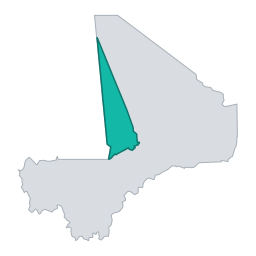 location of Goundam, Timbuktu, Mali
{"feature_id": "8926073B20620148277365", "entity_name": "Goundam", "entity_type": "district", "adm_level": 2, "iso_a3": "MLI", "parent_name": "Mali", "parent_adm1": "Timbuktu", "projection": "robinson", "projection_center": [-4.645, 19.527], "detail": "fine", "context": "in_parent", "style": "filled", "palette": "teal", "viewbox_px": 256, "rotation_deg": 0, "n_neighbors": 0, "source": "geoboundaries", "source_scale": "gbopen_adm2", "svg_char_len": 6630}
<svg xmlns="http://www.w3.org/2000/svg" viewBox="0 0 256 256"><path d="M30.2,206.3L30.3,205.2L29.5,204.4L29.4,204.0L29.9,200.7L29.9,199.9L30.3,198.2L29.7,197.4L29.6,196.9L28.2,194.7L27.8,192.9L27.1,191.7L25.4,191.3L24.8,192.3L24.4,192.5L23.8,191.8L23.6,191.1L23.6,190.6L21.5,187.7L21.7,186.2L22.5,185.4L22.8,184.0L22.0,182.5L22.1,181.1L22.0,179.0L20.8,177.2L20.0,176.4L19.3,175.2L19.9,172.3L18.6,169.9L21.0,170.8L22.1,169.9L23.2,168.7L24.1,167.0L24.5,165.0L24.7,163.3L25.6,160.5L26.8,159.2L29.1,157.3L29.7,157.5L33.4,161.5L35.6,163.6L36.4,164.7L37.1,164.7L38.1,162.7L39.3,161.0L39.7,160.6L43.5,160.3L45.5,160.7L47.2,161.2L49.7,161.3L56.3,160.0L56.4,159.2L56.3,158.3L56.6,157.5L57.1,156.8L57.6,156.7L57.8,159.0L58.3,159.3L59.9,159.4L108.4,159.4L110.5,147.5L106.9,143.2L94.5,15.4L117.6,15.4L121.6,18.3L196.0,74.4L196.4,76.2L196.3,78.7L196.9,79.5L197.9,80.3L202.2,82.7L202.5,83.2L202.7,84.2L203.2,85.4L204.1,86.1L205.1,86.6L206.4,87.0L210.2,87.4L211.1,87.9L212.7,90.2L213.6,90.6L218.8,91.8L220.5,92.4L222.3,93.4L223.3,94.3L223.3,97.8L224.0,100.1L224.0,100.6L223.2,101.6L223.0,102.2L222.1,104.0L222.3,104.7L224.1,106.1L225.0,106.5L226.0,106.5L236.9,104.1L237.4,136.7L236.9,137.2L236.7,143.0L236.0,146.4L234.6,148.9L233.7,152.6L233.2,153.4L232.9,155.5L232.1,156.7L230.7,157.2L228.2,159.6L228.0,161.6L222.1,160.5L221.7,160.5L221.4,160.8L221.3,161.8L206.2,162.4L198.8,162.8L194.1,167.2L191.1,167.7L187.3,167.3L185.4,167.3L184.6,167.5L184.5,168.3L178.4,166.1L176.2,166.8L175.8,166.5L175.5,166.1L174.4,165.8L172.7,165.9L171.5,166.2L167.6,169.7L165.6,170.6L161.8,172.6L159.1,174.4L158.1,174.8L156.6,174.8L155.4,175.2L154.3,179.2L153.6,179.6L149.0,178.0L148.1,178.2L147.3,178.7L144.7,181.0L143.5,182.9L142.8,185.4L142.9,187.0L142.5,187.5L141.3,187.6L139.2,187.1L138.5,187.3L138.2,188.6L138.3,191.2L137.8,193.1L136.5,193.6L135.6,194.3L134.8,194.5L134.2,194.4L130.5,191.6L129.2,191.2L127.8,191.5L126.5,192.7L124.1,195.5L124.4,196.5L125.1,197.7L125.5,199.1L125.5,200.4L122.1,202.3L122.9,203.7L122.8,207.4L121.3,209.0L120.7,210.1L119.2,211.3L117.9,212.0L113.8,213.0L112.2,214.1L111.4,215.1L111.2,216.1L111.4,217.3L112.2,219.7L111.9,221.9L111.2,224.5L110.6,225.7L108.7,227.0L109.0,228.7L109.1,231.1L108.8,234.2L108.2,236.4L107.8,236.1L106.0,236.2L104.0,236.9L103.3,237.4L103.1,238.2L101.4,239.9L100.3,239.8L99.3,239.3L98.7,238.8L98.7,238.6L99.3,237.2L99.3,236.7L98.7,234.3L98.8,233.7L98.6,231.9L98.4,231.8L96.2,232.6L96.1,233.0L96.5,234.1L96.2,234.3L95.5,234.3L94.4,233.9L93.2,232.9L92.9,233.2L92.7,234.0L92.7,235.0L93.0,236.9L92.6,237.5L90.8,237.4L89.2,237.6L88.8,238.3L88.7,239.0L89.0,239.8L89.0,240.1L88.3,240.6L88.0,240.6L87.1,239.7L83.7,238.9L83.4,237.7L83.0,237.6L81.9,236.1L81.4,236.2L81.1,236.4L79.7,236.3L78.6,237.6L77.7,239.2L76.8,240.0L75.3,240.3L75.6,239.3L75.1,237.9L72.1,236.2L71.7,235.4L70.9,231.4L71.0,230.3L71.2,229.2L71.1,228.4L70.8,227.8L69.9,227.2L68.9,226.9L67.7,227.7L67.2,227.8L66.6,227.8L66.4,227.5L66.4,227.1L67.7,225.0L68.3,224.1L69.6,223.0L69.9,222.5L70.0,222.1L69.8,221.8L69.0,221.4L67.7,220.4L67.0,220.3L66.4,219.8L65.8,218.3L65.5,218.0L64.9,217.8L64.3,217.4L64.4,213.7L63.1,210.8L62.0,207.2L61.4,206.4L60.4,205.7L59.2,205.2L58.0,205.0L56.8,205.4L56.8,205.8L57.5,206.9L57.6,207.6L57.5,208.2L57.2,208.6L55.5,209.0L53.2,210.3L52.5,211.8L52.0,212.0L51.1,211.8L45.0,209.3L42.5,210.4L40.8,212.6L40.4,213.4L39.7,214.0L39.2,214.0L38.8,213.6L37.0,210.2L36.3,209.4L35.3,209.3L34.5,209.9L33.7,211.0L32.6,212.1L31.9,212.4L31.3,212.2L28.8,209.9L28.7,209.5L29.8,206.7L30.2,206.3Z" fill="#d9dde1" stroke="#a8b0b8" stroke-width="1"/><path d="M112.2,156.7L112.3,156.7L112.5,156.5L112.8,156.1L113.0,155.9L113.4,155.5L113.5,155.4L113.8,155.1L114.0,154.9L114.1,154.7L114.4,154.5L114.5,154.4L114.6,154.2L114.8,154.3L115.1,154.5L115.4,154.6L115.5,154.6L116.0,154.5L116.3,154.5L116.3,154.4L116.5,154.3L116.6,154.2L116.9,154.1L117.0,154.0L117.2,153.9L117.4,153.8L117.5,153.8L117.6,153.7L117.8,153.6L118.0,153.4L118.3,153.3L118.5,153.2L118.8,153.1L119.0,152.9L119.3,152.7L119.5,152.6L119.9,152.4L120.0,152.4L120.3,152.2L120.5,152.1L120.8,151.9L121.0,151.8L121.2,151.7L121.3,151.7L121.5,151.5L121.8,151.4L122.1,151.2L122.3,151.1L122.5,151.0L122.7,150.9L122.8,150.9L123.0,150.8L123.0,150.7L123.4,150.6L123.5,150.5L123.7,150.4L123.8,150.4L124.0,150.3L124.2,150.2L124.3,150.1L124.5,150.0L124.7,149.9L124.9,149.8L125.1,149.7L125.4,149.5L125.5,149.5L125.5,149.4L125.9,149.3L125.9,149.2L126.0,149.2L126.3,149.0L126.4,148.9L126.6,148.8L126.7,148.7L126.9,148.6L127.0,148.6L127.3,148.4L127.6,148.3L127.7,148.2L127.9,148.1L128.0,148.0L128.2,147.9L128.3,147.9L128.5,147.9L128.8,148.0L128.9,148.4L128.9,148.5L129.0,148.7L129.0,148.9L129.1,149.1L129.3,149.2L129.4,149.3L129.5,149.4L129.7,149.5L129.8,149.5L130.0,149.6L130.5,149.7L130.8,149.7L130.8,149.8L131.0,149.8L131.3,149.9L131.5,150.0L131.8,150.0L132.1,150.0L132.3,149.9L132.5,150.1L132.7,149.8L133.1,149.5L133.6,149.3L133.7,149.1L133.8,148.2L134.2,147.7L134.5,147.9L134.9,148.0L135.1,147.9L135.1,147.7L134.8,147.4L134.4,147.1L134.5,146.8L134.2,146.4L134.2,146.1L134.4,146.0L134.6,145.9L135.1,146.0L135.5,145.9L135.9,145.7L136.3,145.4L136.7,145.2L137.3,145.0L137.4,144.8L137.9,145.0L138.0,144.4L138.2,144.2L138.9,143.6L139.1,143.3L139.3,143.1L139.3,142.8L139.3,142.4L139.0,142.4L138.7,142.5L138.4,142.5L138.1,142.5L137.7,142.3L137.4,142.4L137.3,142.2L137.4,141.7L137.4,141.3L137.4,140.9L137.2,140.5L137.1,140.2L137.0,139.8L136.9,138.4L136.7,134.1L135.0,132.6L133.6,131.6L133.3,130.6L133.2,128.9L133.0,127.2L126.6,109.3L113.3,77.1L109.0,66.5L97.0,37.2L97.2,39.7L97.7,43.6L97.7,44.5L97.8,45.6L98.0,47.9L98.3,50.8L98.6,53.7L98.9,57.3L99.3,60.9L99.4,62.4L99.7,65.5L100.0,68.3L100.3,71.2L100.6,74.5L100.7,75.8L100.7,76.0L100.8,77.1L101.1,80.0L101.4,82.9L101.7,86.1L102.1,90.1L102.1,90.4L102.1,90.5L102.1,91.3L102.2,91.9L102.5,94.9L102.6,96.0L102.7,97.8L103.0,100.8L103.2,102.3L103.3,103.5L103.4,104.1L103.6,106.3L103.7,107.5L103.9,109.2L104.0,110.9L104.2,112.5L104.4,114.2L104.5,115.9L104.6,116.7L104.7,117.7L104.9,120.2L105.1,121.5L105.2,122.9L105.4,124.7L105.5,126.6L105.7,128.2L105.9,129.8L106.0,131.6L106.2,133.6L106.4,135.4L106.5,136.7L106.5,136.9L106.7,139.0L106.8,140.2L107.0,142.1L107.1,143.6L107.2,144.3L108.9,145.5L110.8,146.8L110.8,147.2L110.7,147.8L110.4,149.0L110.3,149.7L110.0,151.6L110.0,151.9L109.8,152.9L109.7,153.1L109.6,153.6L109.4,154.9L109.3,155.1L109.3,155.3L109.3,155.5L109.0,156.8L108.7,158.3L108.5,159.3L108.4,159.4L108.7,159.3L109.5,159.0L110.5,158.6L110.7,158.4L110.8,158.3L110.9,158.2L111.0,158.1L111.2,157.9L111.3,157.9L111.4,157.7L111.5,157.6L111.7,157.4L111.8,157.4L111.8,157.2L112.0,157.0L112.1,156.9L112.2,156.7Z" fill="#14b8a6" stroke="#0f766e" stroke-width="1.5"/></svg>